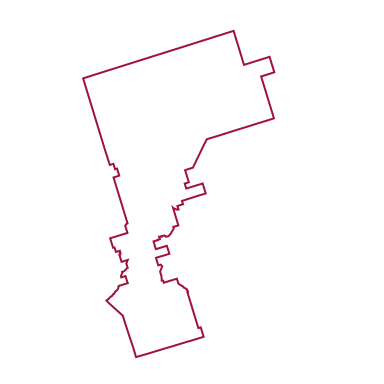 outline of Central Desert, Northern Territory, Australia, rotated 73°
{"feature_id": "25037944B81249572637263", "entity_name": "Central Desert", "entity_type": "district", "adm_level": 2, "iso_a3": "AUS", "parent_name": "Australia", "parent_adm1": "Northern Territory", "projection": "robinson", "projection_center": [134.79, -21.072], "detail": "fine", "context": "isolated", "style": "outline", "palette": "rose", "viewbox_px": 384, "rotation_deg": 73, "n_neighbors": 0, "source": "geoboundaries", "source_scale": "gbopen_adm2", "svg_char_len": 4837}
<svg xmlns="http://www.w3.org/2000/svg" viewBox="0 0 384 384"><g transform="rotate(73 192 192)"><path d="M333.9,223.2L324.0,223.2L324.0,225.7L313.1,225.7L309.0,225.7L303.1,225.7L293.3,225.7L286.5,225.7L286.5,225.0L286.2,225.0L285.6,225.0L285.3,225.0L285.2,225.1L284.7,225.2L284.5,225.3L284.4,225.5L284.2,225.6L283.8,225.3L282.8,225.9L282.7,226.1L282.3,226.4L282.2,226.5L281.9,226.8L281.6,227.1L281.3,227.5L281.1,227.7L281.0,227.8L280.9,227.9L280.7,227.9L280.3,227.9L280.1,228.0L279.6,228.4L279.4,228.6L279.2,228.7L279.2,228.8L279.0,229.0L278.9,229.0L278.5,229.3L278.4,229.4L278.0,229.8L277.7,230.1L277.0,230.7L276.6,231.1L276.4,231.2L276.2,231.4L275.8,231.8L270.5,231.8L270.5,235.1L270.5,245.6L268.5,245.4L267.9,246.9L266.8,246.5L263.9,245.9L260.5,245.8L258.8,245.8L254.4,242.2L252.3,243.2L252.3,244.2L252.3,245.7L247.5,245.7L244.4,245.7L244.4,242.4L244.4,241.1L244.5,238.6L244.5,231.7L243.6,231.7L236.1,231.8L236.1,242.5L236.1,243.2L234.0,243.3L228.0,243.2L228.0,242.8L228.1,242.6L228.0,242.3L228.0,242.0L228.0,241.7L228.0,241.2L228.0,240.9L228.0,240.6L228.0,240.3L228.0,239.7L228.0,238.6L227.7,238.6L227.7,236.5L227.1,236.5L225.2,236.5L225.3,236.3L225.4,235.7L225.4,235.3L225.7,234.8L225.8,234.3L225.9,234.1L225.7,234.0L225.5,233.9L225.2,233.8L225.5,232.5L225.5,232.2L225.4,231.3L226.0,230.8L226.5,230.3L227.1,230.1L227.4,227.4L225.3,223.9L224.8,223.7L221.6,220.1L219.9,220.1L220.0,214.8L217.3,214.8L215.0,214.8L214.7,214.8L211.6,214.8L201.7,214.7L202.2,214.4L203.0,213.4L203.4,213.3L203.5,213.0L203.6,212.5L204.2,211.8L204.6,211.1L204.8,210.0L202.5,210.0L201.5,210.0L201.3,210.0L201.1,210.0L201.1,204.2L198.9,204.2L197.6,204.2L197.5,197.3L197.4,189.2L197.4,186.5L197.4,179.3L196.9,179.3L187.0,179.3L187.0,185.5L187.0,190.0L187.0,196.5L181.8,196.5L181.8,192.2L179.0,192.2L169.1,192.2L169.0,189.6L169.0,184.0L161.5,177.1L154.0,170.1L150.9,167.3L145.9,162.4L145.9,153.0L145.9,151.3L145.8,140.6L145.7,129.8L145.7,120.0L145.7,119.1L145.6,108.4L145.6,97.6L145.5,92.1L135.8,92.1L133.7,92.1L117.9,92.1L106.5,92.1L102.3,92.1L102.1,92.1L101.7,92.1L101.7,86.8L101.6,78.3L95.1,78.3L91.8,78.3L85.4,78.3L85.5,87.2L85.5,89.1L85.5,91.3L85.6,102.0L85.6,105.1L63.9,105.1L59.9,105.1L57.3,105.1L57.1,105.1L50.1,105.1L50.1,110.2L50.2,117.3L50.2,120.5L50.2,124.5L50.2,125.4L50.3,129.1L50.8,189.3L50.9,197.8L51.1,220.9L51.2,234.7L51.5,262.9L65.1,262.9L83.4,262.9L92.7,262.9L101.9,262.9L104.5,262.9L114.5,262.9L119.1,262.9L124.0,262.9L129.1,262.9L132.1,262.8L136.6,262.8L142.1,262.7L142.1,258.9L142.5,258.9L147.7,258.9L147.7,256.8L155.1,256.8L155.2,262.8L165.1,262.8L167.3,262.8L168.0,262.8L171.3,262.8L176.2,262.8L178.1,262.8L187.5,262.8L193.1,262.8L196.1,262.8L200.0,262.8L201.2,262.8L201.3,262.8L203.2,262.8L203.2,263.8L204.6,265.7L212.3,265.7L212.3,271.1L212.3,271.6L212.3,273.6L212.3,283.8L218.4,283.8L219.4,283.8L222.2,283.8L222.2,283.3L222.2,282.8L222.2,282.6L222.8,282.3L227.1,282.3L227.1,281.1L227.1,278.2L229.2,278.2L229.2,278.8L230.8,278.8L230.8,279.2L230.8,279.8L231.1,279.8L232.0,279.8L232.3,279.8L235.9,279.8L238.2,279.8L238.2,279.6L238.2,273.3L241.2,275.7L243.7,275.7L245.8,275.7L245.8,276.0L245.9,276.4L246.0,276.7L246.1,277.0L246.8,277.9L246.8,278.0L247.0,278.3L247.1,278.5L247.2,278.9L247.3,279.1L247.6,279.6L247.7,279.8L247.8,280.1L247.9,280.3L248.0,280.5L248.0,282.2L248.7,282.2L248.8,282.3L249.4,282.7L249.6,282.8L249.8,283.0L250.0,283.1L250.2,283.3L250.4,283.5L251.0,284.0L251.5,284.5L253.0,284.6L252.9,280.2L256.4,280.2L256.9,280.2L260.4,280.1L260.4,289.7L260.5,289.8L260.9,289.9L261.0,289.9L261.3,290.0L261.5,290.1L262.1,290.5L262.3,290.6L262.7,290.9L262.9,291.0L263.0,291.1L263.2,291.4L263.3,291.5L263.5,291.8L263.7,292.0L264.0,292.3L264.1,292.5L264.1,292.8L264.2,293.0L264.4,293.4L264.5,293.5L264.6,293.9L264.6,294.0L264.7,294.3L264.8,294.5L265.0,294.8L265.3,294.9L265.5,295.1L265.7,295.4L265.9,295.7L266.0,295.8L266.3,296.0L266.5,296.1L266.5,296.3L266.6,296.8L266.6,297.0L266.8,297.5L267.0,297.7L267.1,297.8L267.4,298.0L267.5,298.1L267.6,298.3L267.7,298.6L267.8,298.8L268.1,299.0L268.1,299.3L268.1,299.5L268.2,299.8L268.3,300.1L268.4,300.3L268.5,300.6L268.6,300.8L268.7,301.1L268.8,301.2L268.8,301.3L268.9,301.5L269.0,301.6L269.2,301.9L269.4,302.1L269.5,302.2L269.7,302.6L269.8,302.9L269.9,303.1L270.1,303.6L270.2,303.9L270.3,304.2L270.5,304.7L270.6,304.8L270.6,305.0L270.8,305.4L270.8,305.5L272.5,304.8L281.3,299.6L290.1,294.3L297.4,294.3L303.6,294.2L313.6,294.0L323.7,293.7L333.4,293.8L333.5,293.8L333.6,286.1L333.7,281.0L333.7,268.1L333.7,266.0L333.7,264.4L333.7,263.3L333.7,262.8L333.7,262.0L333.7,260.1L333.8,259.6L333.8,257.5L333.8,256.0L333.8,255.1L333.8,254.9L333.8,254.3L333.8,253.8L333.8,253.6L333.8,253.3L333.8,252.7L333.8,248.0L333.8,246.9L333.8,242.2L333.8,240.1L333.8,239.5L333.8,238.8L333.9,238.0L333.9,237.4L333.9,236.3L333.9,228.5L333.9,223.7L333.9,223.2Z" fill="none" stroke="#9f1239" stroke-width="2"/></g></svg>